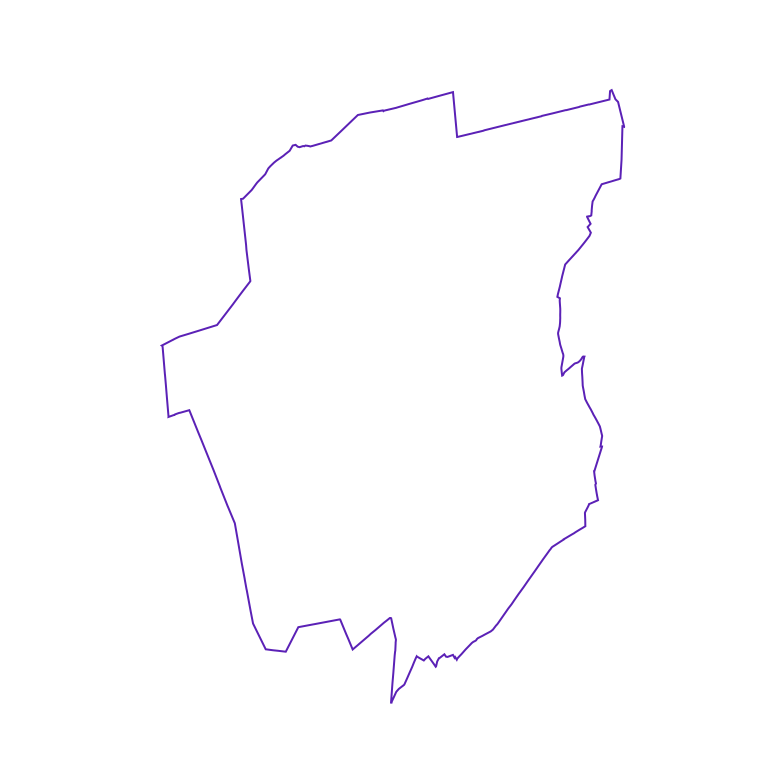 outline of Ukru pag., Auces, Latvia, rotated 96°
{"feature_id": "27541924B12844420955317", "entity_name": "Ukru pag.", "entity_type": "district", "adm_level": 2, "iso_a3": "LVA", "parent_name": "Latvia", "parent_adm1": "Auces", "projection": "natural_earth1", "projection_center": [23.1, 56.359], "detail": "fine", "context": "isolated", "style": "outline", "palette": "violet", "viewbox_px": 768, "rotation_deg": 96, "n_neighbors": 0, "source": "geoboundaries", "source_scale": "gbopen_adm2", "svg_char_len": 5115}
<svg xmlns="http://www.w3.org/2000/svg" viewBox="0 0 768 768"><g transform="rotate(96 384 384)"><path d="M484.7,168.3L482.7,167.6L482.1,167.6L481.9,167.3L477.2,159.0L472.5,160.5L472.3,160.5L471.1,160.9L466.4,162.2L462.2,163.3L460.8,162.8L460.5,162.9L458.3,163.6L453.0,165.0L449.0,165.9L449.0,165.7L448.8,165.7L423.5,160.6L423.4,160.6L423.6,162.2L423.2,162.1L422.6,162.1L421.2,162.0L418.1,161.9L412.9,161.6L412.5,161.7L410.9,162.3L406.0,164.0L403.6,164.9L401.6,166.2L397.9,168.7L395.3,170.5L392.3,172.7L391.9,172.9L391.4,173.2L387.6,175.7L385.7,177.1L381.7,179.9L378.2,182.2L378.0,182.3L374.8,183.3L370.5,184.5L365.9,185.9L364.8,186.2L364.2,186.3L361.4,186.7L356.3,187.5L352.3,188.2L349.5,188.6L348.2,188.8L344.3,188.4L339.7,188.0L336.7,187.7L336.1,187.7L335.8,187.6L335.8,188.4L335.9,188.8L336.1,189.1L336.7,189.5L338.4,190.3L339.6,191.0L340.7,191.8L341.8,192.8L342.5,193.7L343.1,195.1L343.6,196.3L344.1,196.9L345.3,198.0L347.2,199.8L349.6,202.0L351.3,203.7L353.3,205.6L353.9,205.9L354.7,206.3L356.2,206.8L356.6,207.1L357.0,207.7L355.4,208.1L350.3,209.2L348.8,209.3L342.1,208.8L338.2,208.5L336.8,208.6L335.4,209.0L334.5,209.5L329.7,211.5L326.7,212.8L325.5,213.2L324.0,213.6L320.0,214.9L317.0,215.8L316.0,216.1L315.0,216.2L314.1,216.1L313.3,216.0L310.1,215.5L309.1,215.4L308.4,215.3L305.0,215.3L302.9,215.4L301.9,215.5L300.1,215.6L297.7,215.9L295.7,216.1L294.3,216.2L292.2,216.4L291.4,216.5L290.6,216.6L284.4,217.7L282.5,218.0L281.9,218.0L280.4,218.0L279.2,220.7L276.2,220.4L268.8,219.3L266.9,219.1L259.5,218.2L258.4,218.1L246.2,216.3L241.1,212.6L236.0,208.8L230.3,204.6L223.2,200.0L220.0,198.0L216.7,196.0L215.2,195.1L211.9,194.1L206.6,197.9L203.1,195.3L196.7,199.4L196.3,199.5L195.8,198.1L195.7,197.1L195.4,196.6L194.7,195.5L190.3,195.5L190.1,195.6L185.1,195.7L180.6,195.6L178.6,194.7L176.3,193.8L174.8,193.3L162.6,188.4L155.4,171.1L154.9,170.4L136.1,171.2L118.2,172.6L102.8,173.8L102.7,173.8L103.1,172.1L102.9,172.1L79.0,180.7L76.6,183.6L67.9,188.3L68.8,189.6L69.2,189.8L77.5,189.5L84.6,209.1L84.6,209.6L87.7,218.3L88.1,218.9L92.6,231.4L92.7,232.1L97.2,244.5L100.7,254.5L100.8,254.9L101.2,255.3L107.8,273.7L114.1,291.2L121.3,311.0L121.5,311.2L121.6,311.3L127.7,328.5L130.6,336.7L130.7,337.1L105.6,342.1L86.5,345.9L91.0,357.5L95.9,370.0L95.5,370.5L97.8,375.8L103.4,389.6L103.5,389.8L107.8,400.2L108.0,400.6L111.7,411.2L112.2,412.5L112.7,413.1L112.0,413.7L112.1,414.0L115.5,426.4L115.6,426.7L119.2,438.1L125.1,443.1L135.9,452.2L147.3,461.9L154.7,480.0L154.9,480.6L155.5,482.2L155.3,482.8L155.1,485.3L155.1,487.1L155.9,488.1L155.8,489.3L157.3,492.7L157.0,494.7L155.4,496.9L156.4,499.7L158.6,500.7L161.9,502.2L165.8,506.2L167.5,507.8L173.1,514.3L175.2,516.4L179.0,519.6L181.4,521.4L182.2,521.8L187.2,523.8L187.9,524.1L196.8,531.1L198.4,532.1L204.8,535.8L213.3,542.6L214.5,543.6L214.9,545.2L215.0,545.5L222.7,543.8L260.1,535.7L264.0,535.0L265.1,534.8L283.7,530.5L295.4,527.7L295.8,527.7L305.9,533.9L310.9,536.9L319.5,542.0L319.9,542.2L342.8,556.2L350.5,574.1L354.6,583.7L358.2,592.3L360.7,596.4L366.1,604.6L369.0,609.0L369.4,608.3L370.5,608.0L397.3,602.9L397.6,602.8L407.9,600.8L419.6,598.6L438.9,594.9L439.0,594.9L439.3,594.9L437.0,590.1L436.7,589.4L436.7,589.1L436.3,588.9L436.1,588.7L434.3,585.0L434.0,584.1L433.9,583.8L433.9,583.7L430.4,574.9L451.5,563.7L458.7,559.8L473.6,551.9L487.5,544.5L503.4,536.3L503.5,536.3L503.7,536.2L521.5,526.9L521.9,526.7L522.0,526.6L538.1,517.8L553.5,513.4L578.6,506.3L579.2,506.1L592.3,502.2L593.1,502.0L602.4,499.3L603.2,499.0L624.1,492.8L635.9,489.2L642.6,485.0L660.2,473.9L660.4,466.5L660.4,466.4L660.4,461.3L660.5,453.7L634.8,443.8L630.5,429.4L630.1,428.0L622.7,403.3L622.8,403.0L623.1,402.8L636.6,395.5L641.2,392.9L651.3,387.4L638.1,374.9L636.0,372.9L633.8,371.0L629.6,366.8L621.4,359.1L619.0,356.6L616.1,353.7L616.0,352.9L616.2,352.4L626.1,349.2L635.1,346.1L636.7,345.5L637.4,345.4L640.1,345.4L641.0,345.3L647.9,344.9L648.2,344.9L649.2,345.0L652.8,345.0L671.0,344.5L681.3,344.3L696.8,343.8L700.1,343.7L700.1,343.2L698.8,343.0L693.9,341.3L689.1,339.7L688.7,339.5L688.1,339.1L686.0,337.6L685.5,337.2L681.3,332.8L681.0,332.5L680.6,332.3L680.0,332.1L673.9,330.1L667.9,328.2L662.4,326.4L657.8,325.1L653.3,323.7L651.4,323.0L651.6,322.8L653.2,319.2L654.8,315.5L652.9,314.1L650.2,311.4L651.7,310.1L657.2,305.2L659.8,303.0L659.4,302.7L654.5,302.1L654.4,302.1L651.5,300.9L651.1,300.8L651.1,300.5L646.7,295.9L646.5,295.7L648.7,293.8L648.8,292.3L646.2,287.1L648.9,285.2L648.7,285.1L648.1,284.7L650.6,282.8L649.4,282.4L647.1,280.7L644.4,278.6L639.6,275.2L632.4,269.6L631.0,268.1L630.3,266.9L629.3,265.6L628.0,265.0L626.9,264.0L624.2,259.8L622.8,257.8L618.9,252.0L616.9,250.0L612.3,247.2L611.5,246.5L610.2,245.7L594.2,236.9L589.7,234.1L585.0,231.6L578.8,228.2L571.2,223.8L565.5,220.7L558.7,216.9L553.9,214.2L548.6,211.3L541.2,207.2L533.9,203.0L532.1,202.0L530.8,201.1L529.3,200.3L528.8,199.9L528.5,199.7L527.3,198.2L524.8,195.1L521.7,191.3L519.8,188.9L519.6,189.0L519.1,188.3L518.0,186.8L516.5,184.8L513.6,180.9L512.7,179.6L511.4,178.1L508.4,174.2L506.1,171.1L504.4,168.9L497.8,169.7L491.2,170.7L490.7,170.6L490.3,170.5L484.7,168.3Z" fill="none" stroke="#5b21b6" stroke-width="2"/></g></svg>